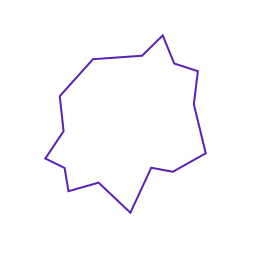 the district of Waynesboro, Virginia, United States of America, rotated 334°
{"feature_id": "52423323B98983591567848", "entity_name": "Waynesboro", "entity_type": "district", "adm_level": 2, "iso_a3": "USA", "parent_name": "United States of America", "parent_adm1": "Virginia", "projection": "robinson", "projection_center": [-78.906, 38.066], "detail": "fine", "context": "isolated", "style": "outline", "palette": "violet", "viewbox_px": 256, "rotation_deg": 334, "n_neighbors": 0, "source": "geoboundaries", "source_scale": "gbopen_adm2", "svg_char_len": 357}
<svg xmlns="http://www.w3.org/2000/svg" viewBox="0 0 256 256"><g transform="rotate(334 128 128)"><path d="M40.3,119.2L53.5,136.1L46.8,158.7L77.6,164.2L93.0,205.2L131.5,173.9L149.1,187.0L186.8,184.8L197.6,135.5L215.7,107.6L197.8,90.3L199.8,60.0L172.3,69.2L126.7,50.8L80.6,69.5L68.7,102.6L40.3,119.2Z" fill="none" stroke="#5b21b6" stroke-width="2"/></g></svg>